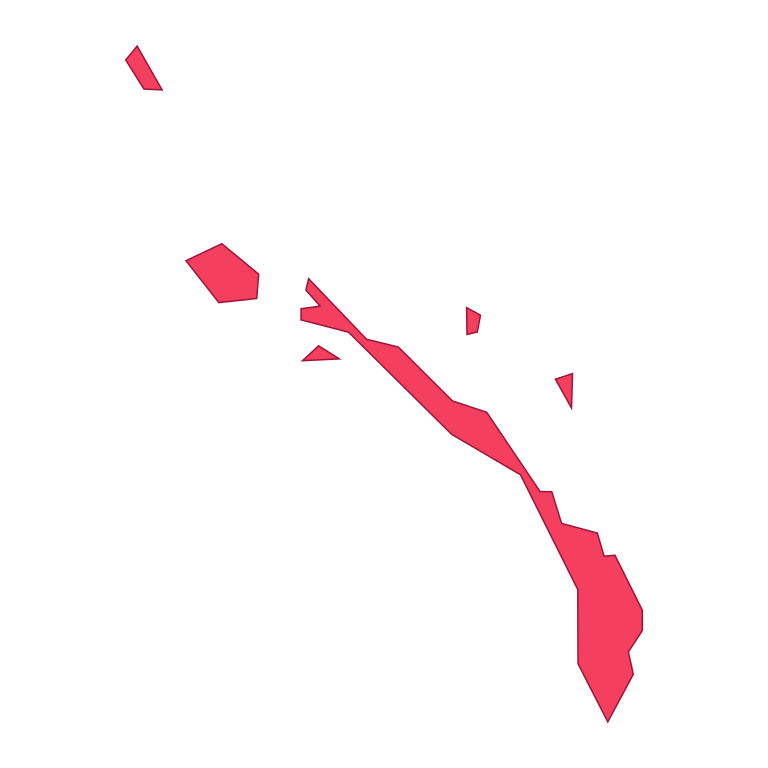 New Ireland, Equal Earth projection
{"feature_id": "PNG-1255", "entity_name": "New Ireland", "entity_type": "Province", "adm_level": 1, "iso_a3": "PNG", "parent_name": "Papua New Guinea", "parent_adm1": "", "projection": "equal_earth", "projection_center": [151.706, -3.097], "detail": "coarse", "context": "isolated", "style": "filled", "palette": "rose", "viewbox_px": 768, "rotation_deg": 0, "n_neighbors": 0, "source": "natural_earth", "source_scale": "10m", "svg_char_len": 732}
<svg xmlns="http://www.w3.org/2000/svg" viewBox="0 0 768 768"><path d="M642.3,610.1L642.3,630.6L628.4,651.9L633.3,674.3L607.8,721.9L578.0,663.8L577.8,589.6L520.5,474.8L451.7,434.4L348.5,332.2L301.0,319.9L301.1,308.7L320.1,306.1L305.9,290.1L308.6,278.7L366.6,339.3L398.3,347.0L452.4,400.9L486.7,412.3L540.1,491.6L551.8,491.7L561.6,523.4L597.3,533.1L604.1,556.2L614.9,555.2L642.3,610.1ZM258.7,274.2L256.7,298.5L218.8,302.6L186.0,260.7L221.8,243.7L258.7,274.2ZM137.1,46.1L162.1,89.9L144.0,89.1L125.7,60.0L137.1,46.1ZM572.5,373.6L571.5,408.0L555.4,379.2L572.5,373.6ZM480.5,315.2L477.3,332.0L467.0,334.5L466.6,307.6L480.5,315.2ZM318.6,345.8L339.3,358.9L302.5,360.7L318.6,345.8Z" fill="#f43f5e" stroke="#9f1239" stroke-width="1.5"/></svg>